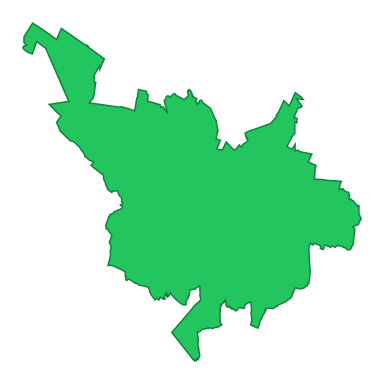 outline of Zempoala, Hidalgo, Mexico
{"feature_id": "50627088B89511183643181", "entity_name": "Zempoala", "entity_type": "district", "adm_level": 2, "iso_a3": "MEX", "parent_name": "Mexico", "parent_adm1": "Hidalgo", "projection": "equal_earth", "projection_center": [-98.684, 19.926], "detail": "fine", "context": "isolated", "style": "filled", "palette": "green", "viewbox_px": 384, "rotation_deg": 0, "n_neighbors": 0, "source": "geoboundaries", "source_scale": "gbopen_adm2", "svg_char_len": 5984}
<svg xmlns="http://www.w3.org/2000/svg" viewBox="0 0 384 384"><path d="M148.1,94.6L146.4,93.6L146.6,91.3L138.4,89.5L137.3,98.6L136.7,98.5L134.7,110.9L127.2,108.2L123.4,107.6L123.3,107.1L121.0,106.8L119.8,107.2L89.2,102.9L93.2,98.0L94.2,94.0L95.4,84.2L95.8,82.5L94.7,82.7L94.0,75.8L99.5,65.8L99.8,69.2L104.4,59.0L88.0,46.9L87.7,46.6L88.0,45.9L86.8,45.1L86.6,45.9L61.3,28.4L56.6,39.6L41.9,29.0L32.6,23.1L23.9,37.1L24.0,42.9L25.8,44.3L26.1,44.8L26.5,44.9L26.3,45.2L23.9,46.1L23.0,47.0L23.4,48.9L27.4,52.0L32.3,54.0L36.7,41.5L45.7,48.4L68.8,101.4L49.2,104.4L57.6,113.0L61.0,115.7L56.6,122.4L60.2,131.1L70.5,141.1L71.7,140.9L73.8,141.9L75.9,143.5L77.1,145.0L79.4,146.9L80.7,149.1L82.7,151.4L83.7,153.5L84.3,153.9L84.8,156.4L85.9,157.3L86.9,157.7L88.2,159.3L89.5,160.2L93.6,162.1L91.0,165.3L94.1,168.0L103.6,175.4L103.5,178.2L104.4,180.8L105.0,181.2L105.8,185.4L106.6,185.8L107.0,186.6L107.1,188.5L107.5,189.4L109.2,190.4L109.8,191.2L110.6,191.5L111.4,192.4L112.7,191.8L113.4,190.8L114.8,191.1L116.9,190.8L117.7,191.1L118.5,193.8L119.5,195.8L120.2,196.5L121.2,196.9L121.6,199.4L121.7,202.5L122.3,202.8L122.5,203.6L122.3,204.5L121.5,204.8L120.4,204.7L120.6,205.3L121.6,206.1L122.6,207.3L121.7,208.4L119.4,209.7L118.3,209.9L117.7,210.3L116.9,210.4L115.7,211.5L114.3,211.5L113.1,213.5L112.3,213.4L111.0,214.2L110.2,214.4L109.4,216.3L108.8,216.5L108.5,217.3L107.9,219.8L107.0,221.5L105.7,225.8L106.3,228.9L107.2,228.4L109.3,232.0L111.9,234.8L111.1,236.6L110.7,239.0L109.4,241.6L109.6,243.1L110.0,244.1L110.4,244.2L110.6,245.6L110.9,245.9L110.9,247.2L111.2,248.4L110.3,249.9L110.4,255.2L109.6,259.7L108.7,262.6L108.7,263.4L108.3,264.0L108.1,265.6L109.3,265.2L110.7,265.3L113.1,265.9L120.9,269.4L125.4,271.9L125.1,273.7L125.7,273.9L125.3,276.4L126.1,276.6L125.8,279.9L125.9,280.0L126.9,280.4L128.0,279.3L130.0,279.6L134.6,283.0L137.2,283.6L138.0,284.2L138.2,284.8L148.4,287.2L149.5,290.1L150.0,292.8L150.5,293.2L151.2,294.9L153.3,297.6L154.8,300.0L156.6,298.1L158.8,300.1L160.1,297.1L163.5,299.3L165.3,298.9L164.0,297.4L165.2,294.7L167.3,297.2L168.0,296.6L165.6,293.8L166.0,292.8L168.7,295.9L169.2,295.4L170.1,293.1L176.3,299.8L181.3,303.8L183.4,304.9L185.5,304.9L186.1,304.7L185.9,302.1L186.9,299.6L188.0,298.3L188.7,297.0L188.1,296.4L189.1,295.2L189.7,291.6L190.5,289.8L194.4,289.3L195.7,288.7L196.0,288.1L197.4,287.1L199.2,286.2L199.3,286.7L199.6,286.5L200.2,287.9L199.8,288.3L200.3,289.3L199.8,289.8L200.2,292.9L199.8,295.2L200.3,295.5L200.1,297.3L200.8,298.0L200.4,299.4L200.5,300.2L193.8,306.3L192.6,308.2L171.8,332.5L192.5,358.7L192.6,359.2L192.9,359.5L193.2,359.3L194.6,360.9L195.2,360.0L196.0,360.9L197.2,358.5L198.1,359.6L199.8,355.6L198.8,349.9L198.1,349.6L198.8,348.4L197.8,345.1L198.5,338.7L197.7,336.1L197.3,332.1L198.3,332.4L198.9,331.8L200.3,331.3L201.6,329.8L202.7,329.1L203.7,329.3L205.1,328.6L206.4,328.8L207.9,327.6L208.3,327.7L208.5,328.4L209.3,327.8L211.3,328.1L212.4,328.7L212.9,328.1L213.0,328.4L214.9,327.5L218.1,327.1L221.8,324.9L220.3,322.3L220.1,318.9L219.9,313.5L220.4,309.8L220.3,308.4L220.6,305.2L221.1,305.6L221.1,305.3L222.3,303.8L222.6,302.8L223.9,301.9L224.0,302.4L224.4,302.0L224.0,301.6L225.1,299.8L225.9,302.1L226.0,303.0L225.7,304.4L226.5,305.4L226.3,306.3L227.7,307.1L228.4,306.3L228.8,306.8L229.3,306.4L230.3,307.8L230.5,307.5L231.8,308.8L232.1,308.3L232.7,308.9L232.8,308.5L235.7,310.9L237.6,309.7L238.9,307.8L240.5,307.5L240.8,307.9L243.3,308.5L244.4,308.2L244.8,304.8L248.7,302.6L250.6,302.0L250.8,303.7L251.2,305.1L251.5,309.6L251.4,311.5L251.0,313.3L251.8,318.4L251.6,321.0L250.7,325.0L257.9,328.1L259.6,323.7L260.0,320.3L261.1,319.8L262.6,315.9L264.1,313.6L266.0,309.9L265.0,309.7L266.0,308.6L266.6,308.2L268.1,308.1L273.5,308.5L276.2,306.4L277.6,306.4L277.7,305.2L285.3,301.9L291.4,297.3L295.0,288.1L297.7,288.3L299.0,288.8L301.6,288.7L303.8,288.2L306.4,285.8L307.1,286.0L307.6,283.5L308.7,283.7L310.0,274.9L310.1,269.7L309.6,264.0L308.9,248.7L309.0,247.0L310.4,243.5L313.3,245.0L314.1,243.1L320.6,245.8L320.3,248.3L322.1,249.3L322.4,248.9L323.4,249.4L323.8,248.2L323.7,247.6L324.1,247.1L324.7,244.8L330.8,247.4L331.2,246.4L331.8,245.8L335.1,247.3L336.8,246.0L337.5,245.2L338.7,245.8L341.2,246.0L341.9,246.2L343.1,247.4L344.0,247.3L345.8,248.3L347.3,249.8L347.8,250.0L349.7,249.4L350.3,249.7L353.3,243.7L354.8,228.9L352.6,226.9L358.4,224.5L358.9,223.2L359.6,220.5L360.7,220.5L361.0,218.1L359.9,216.3L359.7,215.0L359.2,214.1L359.0,213.3L358.9,211.5L359.0,205.8L358.0,205.4L357.3,205.9L355.2,203.2L353.0,200.7L350.5,199.4L350.5,198.9L348.9,198.7L349.1,196.6L349.8,195.4L349.0,193.8L348.8,192.4L347.6,192.0L347.0,192.1L345.1,191.2L343.6,189.9L343.3,189.0L342.8,189.1L342.0,188.7L339.2,189.7L340.2,183.4L341.5,181.5L336.5,180.9L327.6,180.4L321.2,179.4L314.5,179.3L315.2,168.3L316.0,165.4L308.2,162.0L311.9,154.1L299.5,151.6L298.1,150.1L295.1,151.1L295.1,144.4L291.9,149.3L286.9,146.5L293.1,135.0L294.8,133.5L294.8,122.8L295.2,121.9L296.8,122.9L297.1,118.3L294.3,118.0L294.8,116.9L294.3,116.5L298.1,107.7L299.3,107.8L301.0,107.5L302.1,106.1L296.4,98.7L303.2,99.5L300.9,96.7L295.2,92.7L289.2,105.9L283.9,100.7L278.3,112.7L276.2,115.3L276.8,116.2L270.7,123.5L247.5,131.7L245.1,133.2L246.5,138.4L247.0,138.1L247.8,141.1L242.6,144.6L242.7,145.1L241.1,146.9L239.2,145.0L237.2,147.4L236.2,149.1L234.3,150.4L226.3,142.1L226.4,141.4L222.4,150.0L216.6,149.2L220.5,140.2L216.9,139.3L216.1,139.3L217.6,130.8L217.9,131.0L216.1,120.5L214.4,117.3L210.5,108.4L202.6,102.5L201.7,100.3L200.3,100.2L199.4,101.0L199.0,103.2L198.2,102.8L197.1,104.4L196.8,104.1L196.0,100.6L196.8,98.7L193.3,97.1L193.5,96.3L193.3,96.2L192.7,95.9L192.5,96.4L192.2,95.6L192.1,93.8L190.7,91.0L189.4,89.6L188.8,89.7L187.6,91.3L188.2,94.5L188.2,95.6L187.8,96.4L184.3,99.6L175.6,95.2L175.4,94.1L174.3,93.7L173.5,93.9L172.7,94.5L170.3,97.3L169.5,96.4L168.6,96.0L167.2,96.0L166.5,96.3L165.7,98.8L164.2,100.6L167.5,113.3L163.0,106.8L160.6,107.2L160.3,105.0L160.0,104.6L157.6,104.1L156.3,103.6L155.8,103.9L155.1,103.2L147.5,101.2L148.1,94.6Z" fill="#22c55e" stroke="#15803d" stroke-width="1.5"/></svg>